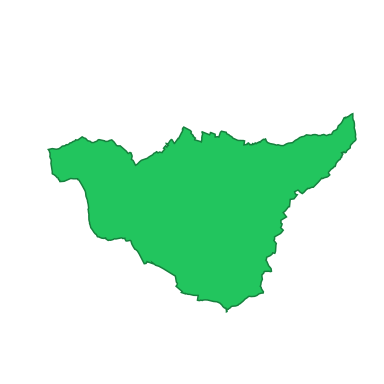 Calan, Hunedoara, Romania, rotated 192°
{"feature_id": "2599482B89052064146304", "entity_name": "Calan", "entity_type": "district", "adm_level": 2, "iso_a3": "ROU", "parent_name": "Romania", "parent_adm1": "Hunedoara", "projection": "orthographic", "projection_center": [23.011, 45.738], "detail": "fine", "context": "isolated", "style": "filled", "palette": "green", "viewbox_px": 384, "rotation_deg": 192, "n_neighbors": 0, "source": "geoboundaries", "source_scale": "gbopen_adm2", "svg_char_len": 5968}
<svg xmlns="http://www.w3.org/2000/svg" viewBox="0 0 384 384"><g transform="rotate(192 192 192)"><path d="M213.5,253.8L213.6,253.4L214.1,252.9L214.4,251.7L214.0,251.7L213.8,251.1L213.9,250.4L214.1,249.8L214.1,248.8L214.6,247.7L216.1,241.8L216.2,241.5L216.7,241.6L219.2,235.9L219.4,235.8L222.5,239.0L223.2,239.0L224.2,237.4L225.2,234.5L225.9,234.2L227.3,234.1L226.9,233.5L225.6,233.4L225.7,233.2L225.4,232.8L224.9,232.5L225.9,231.8L226.0,230.8L227.4,231.7L228.3,230.2L228.9,228.9L228.0,228.6L227.6,228.2L229.4,224.9L229.4,224.4L230.6,224.2L231.9,224.4L233.5,223.2L234.8,224.0L235.2,224.0L235.5,223.2L237.3,221.9L238.2,220.2L240.6,218.1L242.1,216.6L242.4,215.9L248.1,212.5L249.5,210.7L251.2,207.9L252.8,206.4L255.8,210.2L256.4,210.7L258.0,211.2L258.0,214.6L258.6,215.8L259.6,216.9L259.5,217.4L260.9,217.8L262.4,216.4L263.2,216.9L263.5,217.3L264.0,217.5L264.6,218.2L271.8,222.2L274.4,221.6L275.6,221.9L278.5,224.6L281.3,226.3L283.7,225.1L284.3,224.3L286.8,223.5L287.4,223.4L288.0,223.9L293.9,223.9L294.9,223.2L295.6,221.9L297.3,220.9L298.3,220.0L300.5,219.5L302.1,220.4L304.7,220.5L307.2,222.3L308.8,222.4L310.9,223.1L314.3,219.3L315.5,218.8L316.6,218.9L317.3,217.5L318.8,216.7L320.3,215.1L321.7,214.5L322.0,213.8L323.2,212.5L324.9,212.1L325.9,210.8L328.4,209.9L329.8,208.1L331.3,206.6L333.6,205.6L337.7,205.4L341.4,203.7L340.1,202.5L339.7,201.5L339.0,200.7L338.5,198.6L338.4,197.1L337.4,195.4L336.9,195.1L336.2,193.6L335.9,190.6L332.9,182.9L332.6,181.2L332.3,180.7L330.6,180.3L328.6,179.3L326.9,178.0L326.0,177.9L325.6,177.7L325.4,176.9L324.8,176.2L323.7,175.8L323.5,174.8L323.3,174.7L319.3,175.9L313.5,180.0L310.5,180.3L306.6,181.2L306.3,180.4L305.2,180.2L304.7,179.8L301.0,175.8L296.8,170.9L296.0,169.4L294.8,165.8L292.5,162.1L292.2,161.0L290.9,158.2L289.8,154.9L290.0,153.2L289.6,152.6L289.1,150.9L288.0,148.2L288.0,147.5L287.0,143.3L285.7,140.6L285.6,139.7L284.9,138.8L283.6,136.1L283.1,135.6L282.1,134.8L279.4,132.1L277.7,130.8L277.3,130.9L276.7,130.5L275.2,128.6L273.1,128.7L272.7,128.4L270.6,128.1L268.4,128.3L267.2,129.1L266.8,129.0L266.6,128.3L263.9,127.2L263.1,127.7L261.6,127.9L259.5,129.0L257.8,130.3L256.8,130.2L251.5,132.5L251.0,132.5L250.2,132.1L248.1,132.7L248.1,132.4L246.5,130.5L245.5,130.5L242.5,131.8L241.8,131.6L241.0,130.7L240.9,130.1L239.8,128.3L238.1,126.3L236.1,124.2L235.4,124.2L233.2,123.0L230.9,120.6L223.8,111.9L222.1,112.6L221.8,113.7L221.5,114.2L221.1,114.2L221.2,114.5L215.6,113.8L216.2,114.7L212.3,112.8L209.0,112.5L204.3,111.1L190.8,106.3L188.7,101.0L188.3,100.3L187.3,99.7L187.2,98.3L188.0,96.5L180.9,92.6L181.5,91.5L177.4,91.0L177.4,91.4L174.5,91.1L173.0,91.4L168.8,91.3L164.4,92.1L164.2,87.3L163.5,87.2L161.8,87.4L161.0,88.1L159.4,88.0L159.1,88.4L156.9,89.2L154.3,89.6L148.1,89.4L144.8,89.8L141.5,89.1L139.2,87.6L138.0,86.4L136.1,85.3L134.8,85.5L133.7,83.3L133.4,82.0L132.9,82.4L133.5,83.3L133.1,83.8L133.1,84.6L132.1,84.9L131.9,85.4L130.6,86.6L129.8,88.0L129.1,88.6L125.6,89.6L123.4,90.9L123.1,91.7L121.9,92.6L119.3,95.9L117.7,98.5L116.3,99.8L114.7,101.8L112.0,102.1L109.0,103.0L107.0,104.3L105.4,106.2L103.2,107.5L101.4,108.0L101.4,109.2L103.8,111.6L104.6,113.2L105.6,113.9L105.4,115.6L105.6,118.3L105.0,121.2L105.5,122.6L106.1,123.7L106.0,124.2L106.4,125.5L105.0,127.5L104.8,129.2L104.6,129.4L100.5,130.4L98.4,130.5L97.8,131.0L98.7,133.4L99.7,134.3L101.7,135.8L104.4,139.7L105.6,140.7L105.2,141.8L105.4,143.7L102.4,145.9L101.4,147.0L100.6,148.2L100.4,149.3L98.3,149.2L98.1,150.1L98.0,151.6L98.9,157.8L98.8,159.1L101.9,161.7L101.4,162.9L101.9,165.3L96.8,169.8L96.0,171.1L94.8,173.6L97.9,175.6L97.3,177.7L97.2,179.5L98.7,180.2L98.6,180.9L99.2,182.8L94.4,187.3L98.5,190.8L96.7,193.1L94.5,197.7L93.6,197.9L94.4,205.2L90.8,206.5L88.5,211.2L90.0,211.3L90.6,211.7L91.7,213.6L88.8,215.9L88.3,215.8L86.2,214.3L83.8,213.4L82.5,214.9L80.4,218.5L80.0,218.7L79.4,219.7L78.3,219.7L75.9,221.5L74.3,221.9L70.3,228.2L68.0,232.5L67.0,232.3L65.5,233.5L62.9,234.8L62.0,235.6L60.8,237.4L62.5,238.9L62.5,239.8L60.6,243.3L59.4,244.4L58.0,246.6L57.4,246.7L57.2,247.0L57.1,249.1L56.9,250.4L55.2,253.5L54.0,254.6L53.7,255.4L53.6,256.3L52.9,257.2L53.3,258.0L52.8,258.4L52.7,259.7L52.4,260.2L52.8,260.6L52.7,261.0L53.3,260.9L53.9,261.5L53.1,262.0L52.7,261.7L51.7,262.9L51.2,262.4L50.4,262.2L49.5,262.9L49.3,264.2L48.6,265.5L46.4,268.0L46.7,269.7L46.6,270.6L46.1,271.8L45.1,273.1L44.7,274.2L43.7,275.2L42.7,276.8L42.6,277.9L43.6,279.8L43.9,282.3L45.3,285.9L46.7,288.5L46.8,290.3L47.4,292.7L48.3,294.9L49.4,296.0L50.2,298.1L50.4,299.5L51.0,302.0L52.2,301.2L54.4,298.8L54.6,298.3L55.4,298.0L56.8,296.7L57.0,296.9L57.1,296.6L57.3,296.8L58.4,296.4L58.9,295.7L58.7,295.4L59.4,293.5L59.5,292.6L60.4,290.3L61.7,288.3L62.6,287.3L63.1,283.7L64.6,282.1L66.1,281.2L67.0,279.4L67.3,277.6L68.4,277.0L69.5,276.9L72.3,275.1L75.0,275.7L77.3,274.6L78.0,273.9L79.7,273.7L80.5,273.3L81.3,273.8L83.5,273.8L85.6,273.2L87.2,272.1L92.0,271.7L94.0,269.7L96.0,268.9L97.9,267.7L99.8,265.5L101.6,264.1L104.0,261.1L107.9,259.8L109.9,258.5L111.8,256.7L112.5,256.3L114.7,255.9L117.7,256.1L119.0,255.4L121.7,255.7L125.6,255.6L128.4,256.1L130.0,257.4L130.8,258.9L131.3,259.2L132.1,258.3L133.2,258.4L133.8,257.5L134.8,256.7L135.5,255.1L136.7,255.1L136.8,254.3L138.0,254.0L138.3,253.5L139.0,253.2L139.2,252.6L139.6,252.6L140.0,253.0L140.3,253.1L140.3,252.7L141.8,251.4L142.5,252.0L142.8,252.0L143.1,251.1L142.9,250.9L144.2,250.4L145.2,250.7L145.6,250.4L146.4,251.4L147.2,251.7L147.4,251.5L147.4,251.0L148.2,250.5L148.1,250.0L151.0,248.9L151.2,252.9L152.3,253.0L157.8,252.0L163.2,253.2L164.5,254.3L166.8,255.0L167.9,255.7L169.9,256.1L170.5,256.7L170.9,257.5L175.8,257.6L176.6,256.3L177.2,251.3L178.6,251.4L180.7,250.6L181.4,253.3L186.1,254.1L186.3,254.0L186.1,253.2L186.7,252.1L186.7,251.6L195.2,253.1L194.8,252.9L193.6,250.8L193.8,249.0L193.7,246.9L193.3,245.8L193.3,243.9L193.2,243.5L193.4,242.8L193.9,243.1L200.2,243.6L200.2,244.8L199.9,245.4L202.6,246.8L202.6,247.6L205.3,249.2L205.1,250.6L205.8,251.4L206.7,251.9L213.5,253.8Z" fill="#22c55e" stroke="#15803d" stroke-width="1.5"/></g></svg>